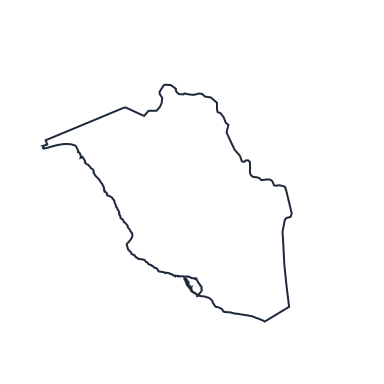 Al Madaribah Wa Al Aarah, Lahij, Yemen, rotated 38°
{"feature_id": "15242507B42929104515356", "entity_name": "Al Madaribah Wa Al Aarah", "entity_type": "district", "adm_level": 2, "iso_a3": "YEM", "parent_name": "Yemen", "parent_adm1": "Lahij", "projection": "albers", "projection_center": [43.959, 12.857], "detail": "fine", "context": "isolated", "style": "outline", "palette": "slate", "viewbox_px": 384, "rotation_deg": 38, "n_neighbors": 0, "source": "geoboundaries", "source_scale": "gbopen_adm2", "svg_char_len": 5990}
<svg xmlns="http://www.w3.org/2000/svg" viewBox="0 0 384 384"><g transform="rotate(38 192 192)"><path d="M46.0,247.7L46.8,247.6L47.3,247.8L47.5,248.0L47.4,248.3L47.4,249.1L47.6,249.2L48.7,248.9L52.1,244.5L54.5,241.1L56.7,238.3L58.8,235.9L61.2,233.4L63.9,231.1L67.5,228.8L70.8,227.5L71.5,227.3L72.4,227.4L73.8,228.0L74.5,228.5L76.2,229.1L76.6,229.3L76.7,229.6L77.3,229.9L77.5,230.4L77.4,231.0L77.2,231.4L77.4,231.2L77.6,230.4L77.6,230.8L77.7,230.5L78.0,230.4L79.4,230.4L79.9,230.7L80.7,231.0L81.7,232.0L82.2,232.2L82.7,232.1L83.0,232.7L83.2,233.6L83.4,233.3L82.7,232.1L83.6,231.8L84.1,231.8L84.8,231.9L85.0,232.2L85.4,232.3L85.8,232.5L86.6,232.6L87.4,232.9L87.9,233.2L88.4,233.3L88.7,233.6L89.2,234.5L89.6,234.7L90.0,234.8L90.8,234.7L91.4,235.0L93.7,234.5L97.0,235.2L97.3,235.5L99.5,235.2L100.7,235.5L101.2,235.7L101.4,236.1L101.9,236.4L102.0,236.7L102.4,236.8L102.4,237.1L102.9,237.6L103.8,237.8L105.1,238.4L107.0,238.9L108.0,238.9L108.9,239.1L109.6,239.1L110.0,239.2L110.7,239.2L111.1,239.3L111.2,239.5L111.9,239.8L112.3,239.7L113.0,239.9L113.6,240.1L114.0,240.5L115.8,240.8L116.5,241.0L117.0,241.5L118.7,241.9L119.3,242.6L120.4,243.1L120.7,243.8L120.9,244.0L121.1,244.3L121.7,244.6L122.3,244.6L122.8,244.7L123.2,245.2L123.1,245.5L124.2,245.3L125.4,245.3L126.3,245.9L126.2,246.0L126.4,246.2L126.5,246.6L127.5,246.8L129.9,245.9L132.6,245.7L133.2,246.1L134.3,246.1L134.8,246.4L135.7,246.5L135.9,246.8L136.3,246.8L137.6,248.1L140.0,249.2L140.5,249.8L141.4,250.2L141.5,250.5L143.0,250.7L143.2,250.8L143.4,251.1L144.1,251.6L145.3,251.8L145.7,252.1L146.7,252.5L147.7,253.4L147.6,253.6L147.9,254.2L148.2,254.2L149.0,254.7L150.2,254.9L150.4,255.2L151.3,256.0L151.4,256.3L151.7,256.5L152.2,256.6L154.0,256.3L154.1,256.5L156.1,256.9L156.6,257.5L157.1,257.7L157.5,257.6L158.8,257.4L159.5,257.7L161.0,257.9L161.6,258.0L162.0,258.4L162.5,258.5L162.7,258.9L163.3,259.4L164.7,259.7L165.7,259.8L166.1,260.0L166.7,260.2L167.8,260.8L168.1,260.8L168.3,261.0L168.7,261.1L169.0,261.3L169.5,261.3L170.0,261.3L170.5,261.6L171.6,262.7L171.9,263.1L172.2,263.8L172.7,265.3L173.0,267.7L172.9,269.9L172.7,272.0L172.7,273.2L173.1,273.8L173.7,274.2L176.4,276.1L176.4,276.4L176.5,276.5L178.3,276.8L178.6,276.8L179.1,276.9L180.3,276.9L180.7,277.2L181.3,277.3L182.6,278.1L183.7,277.8L185.3,277.2L185.6,277.2L186.0,277.5L186.9,277.6L187.4,278.0L187.9,277.8L188.7,277.8L189.3,277.5L189.7,277.8L190.4,277.8L191.1,277.4L191.4,277.5L193.6,276.1L196.0,274.9L196.7,274.9L198.2,275.1L199.0,275.5L199.5,275.2L200.5,275.0L202.2,275.6L203.4,275.4L204.4,274.8L205.2,274.6L205.3,274.7L206.2,274.7L206.4,274.9L207.9,274.5L209.1,274.7L209.3,274.8L211.1,273.9L212.6,274.2L212.9,274.3L213.1,274.5L213.8,274.8L214.3,275.1L215.2,274.8L215.5,274.5L217.4,273.6L218.4,272.9L218.7,272.9L219.6,272.4L220.2,272.3L220.7,272.4L221.1,272.2L221.2,271.8L221.4,271.7L221.5,271.5L221.8,271.2L222.0,271.1L222.6,270.7L223.0,270.5L223.4,270.2L224.4,269.9L225.1,270.2L227.2,269.1L227.6,269.1L228.6,269.3L229.0,269.2L229.2,268.9L230.0,268.8L230.3,268.3L230.7,268.5L230.7,268.3L231.0,268.2L231.4,267.6L231.9,267.2L232.4,267.3L232.7,266.7L232.9,266.5L233.5,266.4L233.6,266.6L234.0,266.5L234.2,266.2L234.2,265.9L234.7,265.7L235.6,264.9L236.3,264.3L236.9,263.9L237.4,264.0L237.6,263.6L238.2,263.2L238.7,263.0L239.0,262.8L239.9,261.6L240.9,261.3L240.8,261.1L241.0,260.9L241.5,260.8L242.4,260.3L243.2,260.2L243.9,260.4L244.3,260.1L245.0,259.9L245.3,259.6L245.8,259.4L247.4,258.6L247.6,258.6L247.4,258.2L248.2,257.6L248.6,257.5L249.2,257.7L249.5,258.3L250.3,258.4L252.7,259.5L253.7,259.6L254.5,260.1L255.5,260.1L256.1,260.7L256.4,260.8L257.8,260.7L258.1,260.9L258.7,262.2L259.2,262.6L259.8,262.8L260.2,263.2L260.4,264.1L260.5,265.2L260.4,267.3L260.2,268.5L259.7,269.4L258.8,269.8L258.4,269.7L257.2,269.9L256.6,269.7L256.0,269.9L255.8,269.8L255.4,269.9L254.8,270.1L253.7,270.3L251.0,268.7L250.2,267.7L250.1,267.3L249.7,268.0L248.9,268.4L248.3,268.0L247.9,267.3L247.0,267.9L246.8,268.0L246.5,267.8L245.4,265.8L245.0,265.4L244.9,265.7L243.9,265.0L243.2,265.0L242.6,264.8L241.9,264.3L241.0,264.1L240.6,264.2L240.3,264.6L240.1,264.4L239.8,264.5L239.5,265.1L239.8,265.5L240.0,265.4L240.8,265.6L242.4,266.7L243.3,267.1L245.2,268.4L247.6,268.8L250.4,269.6L252.6,270.5L252.8,270.4L253.6,270.6L255.4,270.1L255.8,270.1L256.0,270.2L257.3,270.0L258.8,270.1L259.0,270.0L259.3,269.9L259.8,270.0L260.2,270.5L260.3,270.7L260.8,270.0L261.9,269.1L262.4,268.7L263.1,268.6L265.9,266.8L267.2,266.2L267.8,266.2L268.6,265.7L270.0,265.2L271.2,264.9L272.5,264.9L274.8,265.2L275.3,265.3L275.9,265.9L276.0,266.2L276.6,266.5L277.7,266.9L278.0,266.8L279.7,267.5L279.8,267.6L281.1,267.8L281.8,267.8L282.2,267.4L283.2,266.8L286.6,266.0L287.6,265.9L288.8,266.1L290.3,266.9L290.8,266.5L291.9,266.4L292.1,266.0L292.5,265.8L292.9,265.5L293.1,265.5L293.9,264.8L294.9,264.3L295.2,264.0L296.8,263.0L297.6,262.7L298.2,262.7L299.3,261.9L299.7,261.8L300.6,261.3L301.6,261.0L303.1,259.7L305.4,258.6L310.1,256.0L312.5,254.6L313.6,254.2L315.4,253.1L317.5,252.4L320.7,251.5L324.2,250.3L327.4,249.5L329.1,249.3L339.2,222.7L324.7,208.2L309.4,192.3L291.7,171.9L287.9,167.8L282.4,157.0L282.3,154.4L285.0,151.0L283.9,147.6L264.3,132.0L264.0,132.2L262.2,130.6L258.0,132.2L256.0,133.4L254.7,135.1L252.6,136.2L248.6,134.0L246.3,134.1L244.3,135.1L239.3,139.9L237.0,139.6L234.8,140.1L230.8,142.5L228.5,142.6L226.4,141.6L224.8,140.0L223.6,138.1L222.1,136.2L220.6,134.5L219.1,132.7L216.8,132.5L215.0,133.9L214.6,136.1L212.5,137.1L210.5,135.9L208.6,134.6L206.6,133.7L204.6,133.4L199.7,132.5L192.8,129.1L182.6,123.8L179.3,116.6L176.1,116.7L170.9,113.6L166.0,112.3L163.1,113.3L160.9,111.6L156.8,106.3L148.7,105.9L143.4,108.8L139.4,108.5L136.6,110.4L134.6,113.2L132.9,114.9L129.8,116.8L126.7,118.4L126.1,118.5L125.2,119.1L125.3,120.3L121.6,122.8L119.1,122.9L116.9,122.1L115.8,120.6L109.4,120.8L104.9,123.9L104.0,125.3L104.8,133.2L106.5,134.8L110.6,136.2L113.4,140.7L114.3,144.7L114.0,149.8L107.8,154.8L107.4,161.6L87.9,166.2L86.5,167.4L44.8,241.3L48.7,243.7L46.0,247.7Z" fill="none" stroke="#1e293b" stroke-width="2"/></g></svg>